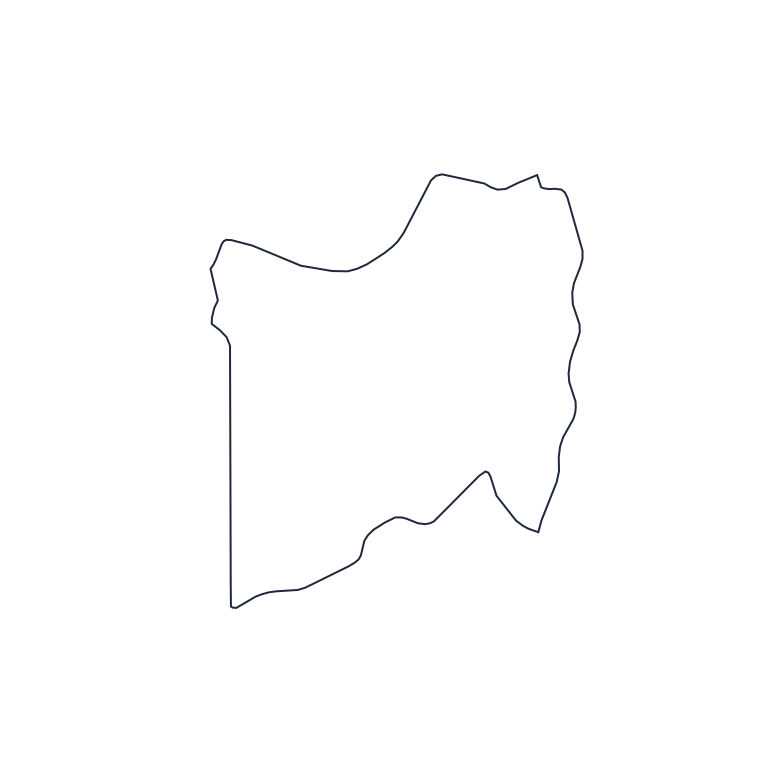 an SVG outline of Western Highlands, rotated 48°
{"feature_id": "PNG-1247", "entity_name": "Western Highlands", "entity_type": "Province", "adm_level": 1, "iso_a3": "PNG", "parent_name": "Papua New Guinea", "parent_adm1": "", "projection": "equal_earth", "projection_center": [144.47, -5.822], "detail": "fine", "context": "isolated", "style": "outline", "palette": "slate", "viewbox_px": 768, "rotation_deg": 48, "n_neighbors": 0, "source": "natural_earth", "source_scale": "10m", "svg_char_len": 1365}
<svg xmlns="http://www.w3.org/2000/svg" viewBox="0 0 768 768"><g transform="rotate(48 384 384)"><path d="M362.8,121.4L368.7,123.2L417.8,147.3L423.9,152.8L428.1,159.3L436.3,175.5L442.0,182.9L451.2,190.4L470.7,198.9L476.5,203.9L481.1,211.4L486.0,221.2L491.9,230.8L499.7,239.8L506.6,245.1L525.2,253.4L529.8,257.2L533.5,261.4L535.8,265.1L537.0,267.5L543.5,286.7L548.3,295.0L555.3,303.1L565.9,312.3L572.3,321.1L590.9,358.5L597.4,368.5L588.2,373.5L582.4,375.6L574.0,377.3L542.4,375.2L524.0,366.8L519.7,365.8L516.9,367.2L515.9,374.6L519.5,438.5L518.5,442.5L515.8,447.1L510.3,451.9L499.2,457.4L495.2,460.0L491.2,464.3L490.5,465.5L487.6,475.7L485.3,489.1L485.6,497.2L487.4,503.6L495.9,515.8L497.4,520.3L497.2,524.9L495.9,531.9L482.6,579.1L479.2,586.1L465.8,603.0L461.7,609.1L458.6,615.3L456.1,621.7L451.6,643.5L448.9,646.1L446.9,646.6L429.7,631.4L252.5,472.8L243.8,469.6L234.1,470.0L224.0,471.8L219.6,467.5L214.0,459.4L210.8,451.6L182.4,435.9L181.1,430.7L179.0,425.4L171.7,411.5L170.6,408.0L171.3,404.8L175.0,401.1L193.1,389.2L240.5,366.6L265.3,347.0L276.0,335.5L280.3,327.1L283.6,316.7L286.9,296.8L287.6,286.5L287.3,278.6L285.0,268.6L264.1,212.7L264.1,206.1L267.1,200.5L302.1,175.3L309.2,173.0L315.5,169.6L320.5,163.0L324.2,149.9L331.2,130.4L342.8,135.6L344.7,134.8L349.1,131.5L353.0,126.7L358.1,122.1L362.8,121.4Z" fill="none" stroke="#1e293b" stroke-width="2"/></g></svg>